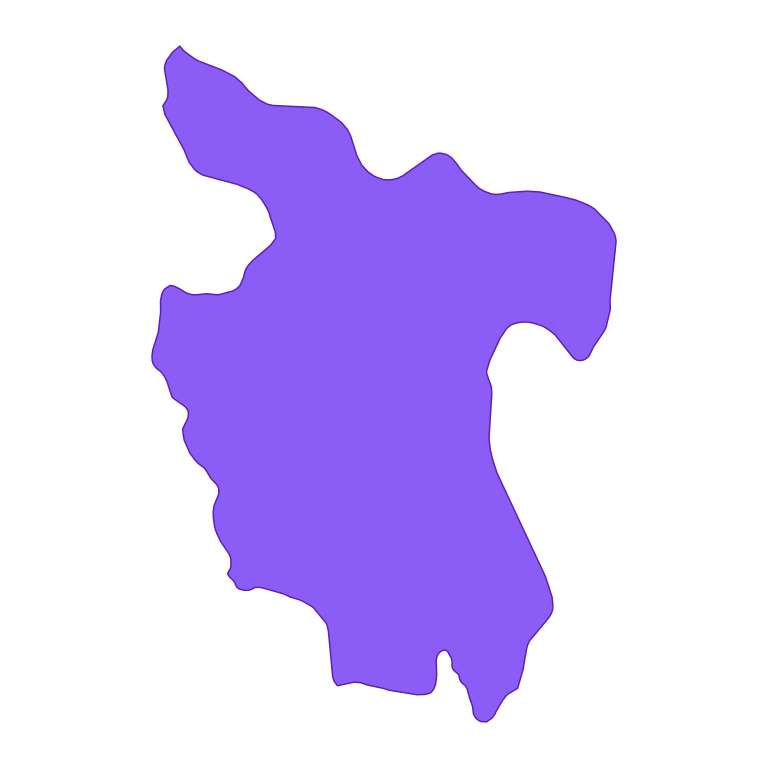 an SVG outline of San Martín
{"feature_id": "PER-582", "entity_name": "San Martín", "entity_type": "Department", "adm_level": 1, "iso_a3": "PER", "parent_name": "Peru", "parent_adm1": "", "projection": "orthographic", "projection_center": [-76.762, -7.06], "detail": "fine", "context": "isolated", "style": "filled", "palette": "violet", "viewbox_px": 768, "rotation_deg": 0, "n_neighbors": 0, "source": "natural_earth", "source_scale": "10m", "svg_char_len": 3558}
<svg xmlns="http://www.w3.org/2000/svg" viewBox="0 0 768 768"><path d="M179.8,46.1L184.0,51.1L192.9,57.7L198.2,60.9L221.9,70.0L234.7,76.7L242.4,83.4L244.2,86.0L249.0,91.3L259.4,100.1L267.3,104.2L273.1,105.5L314.8,107.5L321.7,109.6L326.3,111.8L331.5,115.0L341.7,122.8L347.4,129.5L350.6,135.8L357.0,156.0L361.8,165.3L368.1,172.0L374.0,176.1L377.7,177.7L383.4,179.6L387.5,179.9L391.3,179.8L397.2,178.5L402.8,175.8L432.1,155.1L438.1,153.1L441.5,153.3L445.7,154.2L449.0,156.0L451.9,158.1L456.5,163.5L461.3,170.3L477.1,186.7L480.6,189.3L484.8,191.5L492.0,194.1L496.4,194.4L500.4,194.2L508.6,192.5L526.9,191.2L540.0,192.0L564.7,197.3L575.6,200.0L588.1,205.0L594.2,208.7L607.9,222.6L609.6,224.7L613.5,231.9L614.8,234.7L615.5,237.3L615.9,239.8L616.0,242.3L610.0,300.3L610.3,307.9L610.2,309.8L606.3,326.1L605.5,328.6L604.1,331.2L593.7,346.5L589.7,354.6L588.1,357.0L586.0,358.7L583.2,360.1L580.3,360.6L577.2,360.2L574.7,358.9L572.4,356.8L555.1,334.9L550.0,330.7L544.0,326.8L539.9,325.1L532.3,322.9L527.3,322.0L521.9,322.1L517.6,322.7L513.4,324.0L510.7,325.2L506.6,328.5L500.2,338.1L490.1,359.6L486.7,370.5L486.6,372.2L486.8,373.7L488.6,379.3L489.9,382.5L491.3,386.8L491.8,393.9L489.0,438.2L490.3,449.7L492.7,459.9L497.0,473.0L545.4,576.5L552.0,596.8L552.8,603.8L552.8,608.8L551.8,612.2L550.4,615.2L548.6,617.9L529.5,640.9L528.0,644.0L526.8,647.8L525.0,657.9L523.2,669.0L517.6,688.3L507.8,694.2L505.8,696.2L503.0,699.7L496.2,711.2L494.7,714.5L492.3,717.8L486.6,721.9L481.2,721.6L479.0,720.7L476.3,718.6L474.8,716.4L473.5,714.2L472.5,706.2L469.4,697.5L469.0,695.4L468.3,693.5L467.4,689.6L466.4,687.5L465.1,685.4L462.3,683.3L460.6,681.2L459.6,679.1L459.0,675.7L458.6,674.7L458.1,674.1L453.8,670.3L452.7,668.5L452.0,666.4L452.1,662.0L451.8,659.9L451.1,657.8L447.6,651.5L445.8,650.2L443.2,650.2L440.0,652.0L438.2,654.0L437.0,656.3L436.2,660.8L436.7,675.4L435.5,684.6L433.8,688.9L432.3,691.0L430.4,693.0L424.4,694.5L416.9,694.7L389.1,690.2L384.4,688.6L367.5,685.0L360.7,682.7L354.3,682.1L337.4,685.7L334.4,681.7L333.6,679.8L332.7,676.8L328.4,631.2L327.4,626.5L326.4,623.4L313.6,607.9L312.0,606.6L303.1,601.4L299.3,599.7L290.5,597.1L283.7,593.9L262.3,587.8L259.3,587.4L255.2,587.4L251.5,589.4L248.7,590.2L244.6,590.4L239.3,589.1L236.9,587.2L235.6,585.0L234.9,582.9L233.8,581.1L230.1,577.4L228.7,575.8L227.9,574.3L227.8,573.6L227.9,572.9L228.6,571.4L230.3,568.6L230.7,567.5L231.0,565.6L230.9,559.2L230.1,556.4L228.7,553.3L220.7,541.6L217.1,534.1L215.6,530.1L214.5,525.8L213.3,517.4L213.3,510.8L214.1,505.5L218.6,494.4L218.9,491.4L218.5,487.4L216.6,484.5L210.9,478.4L205.7,469.8L204.0,467.7L198.4,463.6L194.8,459.8L189.8,452.9L184.2,440.2L183.1,433.7L182.7,428.9L187.9,418.0L188.3,415.0L188.3,411.3L186.7,408.5L184.5,406.1L174.0,398.8L171.9,396.7L167.0,381.6L164.5,376.5L162.5,373.6L159.8,370.8L156.5,368.3L154.9,366.4L153.2,363.8L152.2,360.6L152.0,356.1L152.8,349.8L158.3,332.2L160.6,312.6L160.5,301.0L161.8,294.2L163.3,291.0L164.9,288.8L170.1,285.5L173.9,286.1L179.5,288.8L185.3,292.4L188.3,293.7L191.6,294.6L195.1,294.9L205.8,293.8L209.9,294.0L215.5,294.7L218.9,294.7L232.4,291.1L236.2,289.1L239.6,286.0L242.1,280.9L243.5,277.1L245.2,270.9L246.5,267.8L249.0,264.5L252.9,260.3L270.5,245.3L275.6,238.6L275.4,232.2L270.2,216.9L269.1,212.7L266.7,207.6L261.6,199.5L257.3,194.5L253.7,191.8L247.1,188.3L236.7,184.2L211.0,177.3L202.9,175.1L197.3,172.0L194.2,169.0L189.2,162.3L184.0,149.7L164.9,114.4L162.9,105.8L166.6,100.0L167.7,97.1L168.0,92.7L167.9,89.2L164.6,69.8L164.6,66.9L165.2,64.3L166.4,60.8L172.2,52.5L179.8,46.1Z" fill="#8b5cf6" stroke="#5b21b6" stroke-width="1.5"/></svg>